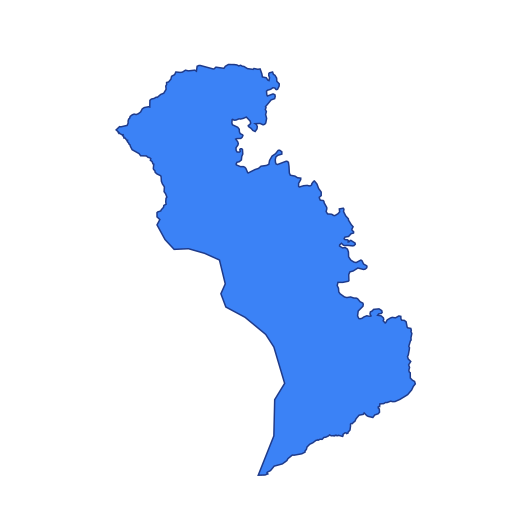 the district of Assin North, Central, Ghana, rotated 61°
{"feature_id": "2480657B44214183650816", "entity_name": "Assin North", "entity_type": "district", "adm_level": 2, "iso_a3": "GHA", "parent_name": "Ghana", "parent_adm1": "Central", "projection": "albers", "projection_center": [-1.35, 5.826], "detail": "fine", "context": "isolated", "style": "filled", "palette": "blue", "viewbox_px": 512, "rotation_deg": 61, "n_neighbors": 0, "source": "geoboundaries", "source_scale": "gbopen_adm2", "svg_char_len": 6090}
<svg xmlns="http://www.w3.org/2000/svg" viewBox="0 0 512 512"><g transform="rotate(61 256 256)"><path d="M180.8,327.5L197.5,327.6L210.5,324.4L216.9,311.5L228.8,299.6L241.8,289.9L265.5,296.4L272.0,305.0L286.0,307.1L304.3,295.3L329.3,285.5L344.3,284.5L381.3,292.7L390.7,309.3L422.0,327.6L448.8,360.3L451.9,354.3L452.3,351.3L451.0,351.6L450.6,350.9L450.7,347.3L448.6,342.0L450.6,333.7L449.9,328.2L448.7,326.3L447.7,320.8L448.7,319.2L451.2,311.8L451.3,308.2L450.3,307.6L449.6,305.7L447.8,304.0L446.7,300.3L446.9,296.9L446.3,292.7L446.8,291.8L446.7,291.0L447.3,290.7L447.3,288.9L448.4,287.0L447.6,284.6L448.3,282.8L448.5,279.8L448.1,278.4L449.7,277.4L450.9,274.9L451.3,274.9L451.3,273.7L451.9,273.1L451.6,272.8L452.9,271.6L452.8,270.8L455.8,267.7L455.4,267.0L454.2,266.4L453.8,263.8L454.5,262.9L455.2,262.9L455.5,261.5L454.7,260.8L453.8,258.2L450.6,255.8L448.9,254.9L448.7,254.0L449.3,252.9L448.7,251.5L448.6,249.8L446.8,247.3L445.2,243.0L446.5,239.0L445.7,237.5L449.3,236.5L450.6,235.7L453.9,232.1L452.6,229.2L453.2,225.6L452.5,223.7L449.6,222.3L448.6,222.8L447.3,222.4L447.2,221.6L447.7,220.9L445.4,219.4L447.0,215.9L446.9,213.8L447.7,212.5L448.3,208.5L449.6,207.2L450.7,205.0L451.2,199.7L450.8,190.6L448.6,184.8L446.3,181.6L445.1,178.7L442.6,178.1L440.5,179.4L437.6,180.2L432.9,177.7L431.8,178.2L430.0,177.7L427.9,175.7L425.2,175.3L423.3,171.8L419.8,172.8L417.3,172.2L416.4,170.8L412.4,167.5L410.6,166.2L409.1,166.2L405.1,162.1L404.7,161.1L402.6,160.1L399.4,157.3L397.0,157.0L396.3,156.2L394.4,155.7L392.4,158.1L391.5,158.3L386.3,156.6L384.2,157.5L382.8,159.7L381.2,159.7L379.0,158.6L377.7,160.1L377.7,164.0L375.7,166.6L375.4,168.5L375.5,172.2L377.2,174.9L377.2,175.5L374.3,176.2L373.4,175.0L371.9,174.6L369.1,175.5L366.8,178.4L366.1,176.8L367.0,174.2L366.5,173.0L364.7,172.5L361.9,174.0L359.7,179.0L360.4,181.2L360.3,183.0L361.9,184.4L364.1,184.4L364.3,184.7L363.3,186.6L362.0,188.0L361.6,191.3L361.9,193.5L361.3,195.5L360.5,196.4L357.6,196.2L353.7,193.3L351.8,186.8L350.2,185.6L349.0,185.4L346.5,187.1L342.8,187.8L341.6,188.5L340.2,190.8L337.7,193.1L336.4,196.7L334.7,198.5L329.8,200.8L327.5,201.0L324.2,199.5L321.2,199.3L318.8,197.1L321.1,193.0L322.8,187.6L322.6,186.7L317.2,183.9L315.4,181.6L316.2,178.3L315.9,172.7L319.9,168.5L320.4,167.0L320.1,165.1L319.3,164.2L318.3,163.9L315.2,165.8L311.5,165.6L310.4,166.2L310.3,171.6L308.8,173.3L305.5,175.1L301.6,175.4L297.3,173.2L294.3,172.7L291.9,173.9L290.9,176.4L287.8,178.1L286.8,177.4L286.3,175.1L288.9,174.3L289.8,173.5L291.2,170.6L294.0,166.6L294.4,165.3L293.9,163.5L292.7,163.1L288.4,165.4L288.1,166.0L288.7,167.8L288.4,168.6L287.1,167.8L286.2,168.1L284.8,170.2L284.0,170.6L283.4,170.4L282.6,169.0L283.8,165.6L282.6,161.9L283.2,159.6L282.3,158.9L279.7,159.5L278.9,159.0L277.5,156.9L274.8,157.5L269.5,157.7L268.2,157.2L264.4,158.1L259.6,157.9L257.7,156.4L256.5,156.5L255.2,160.3L258.0,161.5L258.8,163.9L258.9,167.5L257.9,168.8L257.1,168.9L256.0,169.8L253.9,173.0L251.1,173.1L249.1,171.2L247.8,170.6L242.6,170.6L241.1,170.1L240.1,170.3L238.4,172.7L236.6,172.6L235.3,172.2L234.8,169.7L231.7,168.0L227.3,168.5L222.6,167.8L218.7,168.5L218.6,169.3L219.7,172.0L220.7,172.8L221.0,174.1L220.5,175.5L219.1,176.9L217.6,180.3L216.7,184.6L215.8,185.0L213.1,183.5L210.9,179.9L209.6,179.1L207.6,181.8L205.0,183.2L202.0,186.8L199.6,186.6L193.6,183.7L189.7,182.2L188.1,183.0L187.7,183.9L186.4,192.9L185.3,193.8L183.6,193.6L181.0,192.4L179.0,190.6L178.5,188.1L179.4,184.0L177.4,182.9L175.3,183.8L174.6,184.5L174.4,185.5L176.0,189.3L176.4,193.5L179.0,197.8L182.0,200.3L181.9,202.8L179.9,208.1L180.6,211.3L179.9,215.0L179.6,222.5L179.1,222.9L174.5,222.4L172.9,222.8L171.7,223.7L170.3,226.3L166.8,229.0L165.9,228.8L164.8,227.3L165.4,224.8L164.9,222.2L162.0,220.2L160.4,218.1L156.3,216.2L155.3,216.5L154.7,217.6L154.9,218.5L156.9,219.1L157.1,220.2L155.9,222.1L154.0,222.2L151.6,221.0L150.2,218.0L149.1,217.0L147.2,216.6L143.9,217.1L143.9,216.1L145.8,212.3L145.5,210.7L144.3,209.0L143.5,209.0L141.3,210.5L139.3,210.3L137.0,209.2L134.5,209.6L129.8,213.0L127.9,212.6L125.1,210.7L125.2,210.1L126.6,209.3L127.4,207.6L127.8,204.3L128.7,203.2L129.5,200.3L129.8,197.1L135.0,195.7L137.2,196.2L138.0,197.7L138.1,199.5L139.1,199.8L142.1,198.4L144.6,197.9L146.7,196.4L145.3,193.5L143.4,192.1L141.1,191.9L139.9,192.5L142.0,188.2L144.7,186.2L145.0,184.6L144.4,183.0L140.8,180.0L136.9,179.0L134.7,176.9L132.3,176.8L131.1,175.3L130.0,175.3L126.8,167.1L127.4,163.4L125.7,161.8L124.1,161.3L122.5,162.5L121.6,168.4L120.3,168.4L116.9,166.9L116.6,165.5L117.3,162.3L117.0,159.6L118.3,158.0L119.9,157.9L120.5,157.3L120.6,156.3L118.7,153.5L116.7,152.2L113.3,153.1L110.4,151.7L107.2,151.8L105.5,152.7L103.1,152.3L102.3,155.4L102.6,156.3L104.4,157.4L106.6,157.7L108.9,159.6L107.9,160.4L105.1,160.6L102.5,163.6L99.6,162.6L94.4,161.7L93.6,163.9L91.0,166.9L91.4,168.0L88.0,172.6L84.3,174.7L83.5,175.9L81.7,177.0L81.4,178.9L79.6,180.1L78.1,182.1L75.1,187.3L75.2,190.8L76.3,193.1L71.4,199.5L72.0,202.0L71.7,202.7L62.3,212.4L61.7,213.5L61.5,215.5L65.5,218.5L63.8,219.4L61.3,225.4L59.3,227.6L59.5,231.3L58.7,233.3L56.2,236.9L57.9,239.2L57.9,242.7L60.1,244.7L61.4,248.1L60.9,250.1L62.8,251.1L63.6,252.5L66.6,253.8L68.9,257.8L68.5,261.0L69.4,265.5L68.7,266.3L68.8,268.7L68.0,271.4L68.4,273.3L74.2,276.7L73.4,277.5L72.0,281.8L72.2,284.2L74.1,287.1L74.5,290.0L74.2,292.2L72.8,293.8L72.5,295.7L72.9,298.4L74.3,299.8L74.5,301.0L75.9,302.4L77.8,303.4L79.3,305.4L77.5,311.6L76.7,312.6L77.9,317.2L80.8,316.2L81.3,316.1L81.4,316.6L82.5,316.4L82.6,315.8L84.8,314.6L85.4,313.5L86.2,314.3L86.9,313.7L88.8,314.3L89.4,313.3L91.8,313.0L92.5,312.3L92.8,312.9L93.7,313.0L95.5,312.6L96.6,312.8L97.7,312.3L99.2,312.7L103.0,312.8L109.8,308.6L112.4,308.3L115.3,303.4L117.4,302.6L118.3,301.5L119.8,300.8L121.1,302.0L123.0,301.1L125.4,301.5L126.1,300.9L129.7,303.4L130.7,303.6L132.3,303.1L134.0,303.6L136.3,302.8L139.5,300.5L140.7,300.6L144.7,302.5L147.5,302.9L151.1,302.6L155.2,305.2L157.7,304.9L161.3,305.4L161.9,306.7L164.9,308.7L167.1,309.5L167.1,312.1L168.6,313.3L169.6,316.3L170.4,317.5L169.8,320.5L170.1,321.6L173.8,323.6L177.5,322.4L180.8,327.5Z" fill="#3b82f6" stroke="#1e3a8a" stroke-width="1.5"/></g></svg>